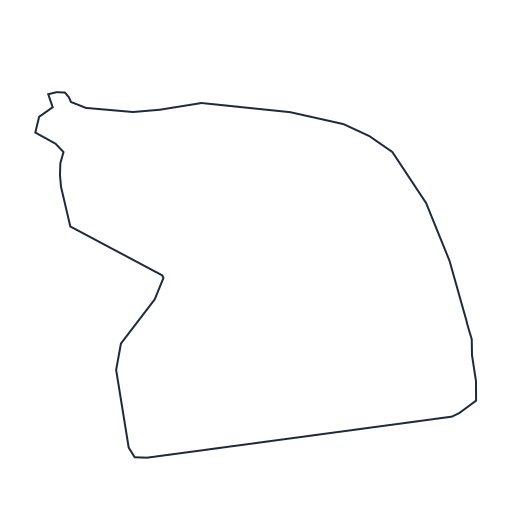 the border of Federal Capital Territory, rotated 263°
{"feature_id": "NGA-3470", "entity_name": "Federal Capital Territory", "entity_type": "State", "adm_level": 1, "iso_a3": "NGA", "parent_name": "Nigeria", "parent_adm1": "", "projection": "orthographic", "projection_center": [7.256, 8.878], "detail": "fine", "context": "isolated", "style": "outline", "palette": "slate", "viewbox_px": 512, "rotation_deg": 263, "n_neighbors": 0, "source": "natural_earth", "source_scale": "10m", "svg_char_len": 638}
<svg xmlns="http://www.w3.org/2000/svg" viewBox="0 0 512 512"><g transform="rotate(263 256 256)"><path d="M166.1,457.0L162.3,457.4L147.0,460.0L131.2,458.3L105.0,459.1L85.6,456.8L75.3,438.5L72.7,430.8L69.1,123.3L71.0,111.1L81.3,106.3L160.0,103.3L185.6,111.3L225.3,150.2L245.4,161.4L248.1,160.7L307.9,75.3L348.3,70.9L360.2,71.3L371.9,73.1L382.6,77.6L391.9,70.7L405.4,52.0L420.6,57.7L428.4,72.3L441.9,69.5L442.9,78.1L441.5,86.3L436.4,89.6L431.4,91.1L423.7,105.3L413.9,151.5L412.9,178.3L414.5,220.4L394.6,307.4L376.2,359.0L361.2,383.1L342.6,404.0L287.8,431.3L227.6,447.5L166.1,457.0Z" fill="none" stroke="#1e293b" stroke-width="2"/></g></svg>